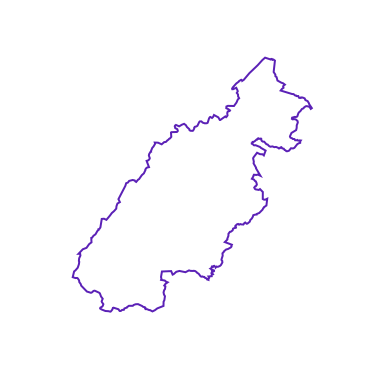 the district of Jacala de Ledezma, Hidalgo, Mexico, rotated 246°
{"feature_id": "50627088B43543909000862", "entity_name": "Jacala de Ledezma", "entity_type": "district", "adm_level": 2, "iso_a3": "MEX", "parent_name": "Mexico", "parent_adm1": "Hidalgo", "projection": "natural_earth1", "projection_center": [-99.159, 20.965], "detail": "fine", "context": "isolated", "style": "outline", "palette": "violet", "viewbox_px": 384, "rotation_deg": 246, "n_neighbors": 0, "source": "geoboundaries", "source_scale": "gbopen_adm2", "svg_char_len": 6093}
<svg xmlns="http://www.w3.org/2000/svg" viewBox="0 0 384 384"><g transform="rotate(246 192 192)"><path d="M254.9,197.0L250.8,195.5L249.9,193.7L249.9,192.8L249.4,191.7L249.1,190.2L248.5,189.0L248.4,188.2L248.9,187.0L247.9,183.7L250.9,181.0L252.3,178.1L251.3,178.0L250.9,177.7L249.2,175.3L248.5,173.7L246.1,171.2L245.4,171.0L245.5,170.3L244.0,168.2L242.8,167.4L240.1,167.2L239.3,166.4L238.7,165.0L238.9,163.2L232.2,162.8L232.6,161.1L232.3,159.7L231.5,158.5L231.0,158.4L228.6,155.6L227.8,153.0L225.3,148.9L225.2,147.8L223.9,145.1L224.8,144.5L225.8,144.4L227.1,142.7L227.7,139.1L226.7,137.3L226.8,135.4L224.8,133.7L215.4,121.9L212.1,122.0L211.8,119.2L209.7,117.2L207.6,116.0L206.2,112.9L205.4,110.2L203.9,107.6L201.4,102.5L203.4,100.7L204.1,98.6L196.9,93.9L196.0,92.5L196.0,91.3L195.3,91.2L195.0,89.9L192.6,86.6L192.1,84.2L190.9,82.1L191.0,81.3L186.9,79.7L186.2,76.8L183.9,72.9L184.1,69.0L181.7,63.2L181.1,64.7L179.3,64.2L177.4,62.0L175.0,60.6L174.1,60.6L172.0,59.3L169.3,56.8L167.8,53.6L167.4,52.0L162.7,48.4L160.8,50.5L160.2,52.1L159.6,52.5L157.2,52.9L155.5,52.4L153.3,52.9L151.5,52.7L143.8,55.5L141.0,58.7L141.0,59.9L141.7,61.8L141.4,63.0L137.9,66.1L136.9,66.6L133.5,66.4L130.8,67.0L128.9,65.0L128.0,64.9L125.6,65.4L124.3,64.2L123.8,63.2L123.6,61.2L122.9,60.7L121.6,61.5L118.5,64.5L117.1,67.2L115.9,68.7L115.9,69.3L117.0,71.4L118.3,72.6L118.2,73.3L114.8,77.1L112.8,77.5L112.3,78.5L112.7,80.2L112.1,81.8L113.1,82.9L112.9,85.5L113.2,85.7L113.7,88.1L112.1,91.6L112.5,92.7L112.4,94.8L111.5,97.1L108.2,100.0L106.9,100.7L106.0,102.0L105.2,102.3L104.9,101.8L103.9,101.9L103.3,103.2L101.5,104.9L101.3,105.5L99.0,107.3L99.1,110.0L99.8,113.0L99.5,119.6L103.3,121.4L104.5,122.8L107.8,124.9L109.8,124.7L111.9,125.2L113.6,126.6L114.4,127.9L116.6,129.3L117.8,128.6L118.9,130.4L119.4,133.0L120.7,131.8L122.2,131.1L124.3,128.0L125.2,128.8L126.9,129.1L131.6,132.2L128.2,140.8L124.4,140.7L124.4,141.8L125.5,145.2L125.0,148.4L121.4,153.4L121.6,157.4L120.6,158.5L119.4,160.9L119.3,161.6L118.5,162.7L117.0,163.6L116.1,163.8L114.7,164.8L111.4,165.6L110.7,166.4L110.6,167.2L109.7,168.0L109.4,168.7L108.1,169.1L107.1,170.2L106.0,170.2L105.0,171.3L106.2,171.8L106.5,172.7L107.1,173.0L108.1,172.8L107.1,175.7L107.9,175.9L108.4,176.4L108.3,177.7L108.9,177.6L110.0,176.8L111.0,177.8L110.6,179.3L110.8,180.0L111.4,180.2L112.4,179.1L112.6,178.3L113.7,178.2L114.5,177.7L114.6,178.9L115.9,179.9L115.8,180.3L115.0,180.7L115.6,181.8L115.5,182.3L114.3,182.8L113.3,182.8L113.9,184.1L113.4,184.6L113.1,185.6L113.1,187.4L113.5,188.7L115.3,191.1L116.8,191.6L117.6,191.3L118.4,191.5L121.3,194.1L123.6,194.9L124.2,196.5L124.7,196.8L125.6,199.7L125.3,201.8L125.6,204.9L126.1,205.9L126.8,206.1L127.6,207.0L132.9,201.6L134.2,205.0L134.9,205.2L137.1,207.4L139.0,208.3L140.2,210.4L139.9,211.1L140.4,213.5L141.8,214.6L141.9,215.0L141.5,217.6L141.9,217.9L142.7,217.4L143.5,217.9L144.2,220.1L144.0,221.2L143.0,221.7L143.1,223.0L142.5,223.6L141.4,225.7L142.3,227.2L142.5,228.2L140.8,229.0L140.6,229.8L141.4,232.7L142.8,234.0L143.3,235.6L144.4,237.2L145.9,238.6L145.6,240.7L145.1,241.9L145.6,242.3L145.5,244.9L147.2,249.3L148.2,250.4L148.6,251.6L148.9,251.7L149.4,254.5L155.3,258.0L155.2,255.7L155.7,254.7L156.8,253.8L163.2,256.7L167.0,255.3L166.7,253.9L168.6,251.1L169.4,250.7L170.8,250.7L171.5,252.2L171.3,252.6L172.3,254.2L173.9,254.6L175.8,254.6L176.3,254.1L178.2,253.6L179.7,252.1L181.3,254.4L181.8,254.6L182.6,255.6L181.4,257.7L181.1,259.3L179.0,261.1L187.6,260.1L188.1,260.4L193.1,259.9L194.5,260.8L197.8,261.5L198.5,262.1L201.4,267.4L198.8,269.6L197.8,271.8L196.2,272.5L199.9,276.1L204.3,272.9L205.4,272.5L208.9,269.1L209.1,268.3L209.6,267.5L211.8,266.7L211.9,266.3L212.3,266.4L212.5,267.2L213.0,267.5L213.1,267.8L212.7,268.5L213.0,270.4L213.7,272.4L213.4,272.7L213.8,273.4L213.6,273.8L214.1,274.4L213.1,275.3L212.8,276.7L212.3,276.9L211.5,276.5L210.4,276.5L209.3,277.1L208.6,278.4L205.4,279.4L204.6,280.4L202.8,281.0L201.5,282.0L200.9,284.1L199.5,285.4L199.0,287.1L197.4,288.6L196.4,289.1L196.3,289.7L196.6,290.4L196.3,290.9L196.7,291.4L196.6,291.9L195.0,292.3L194.3,293.4L192.7,293.7L192.2,294.3L190.9,294.8L190.4,295.9L190.3,297.5L191.7,300.2L190.7,302.0L190.7,303.5L192.9,307.7L193.1,309.9L192.9,310.8L194.3,311.5L194.8,312.3L195.4,311.3L195.7,309.9L196.7,309.4L196.6,308.8L197.3,307.3L198.7,307.1L199.5,305.6L200.2,305.4L201.5,304.1L202.5,304.0L203.0,304.1L205.5,306.9L206.2,312.3L208.0,313.7L210.3,314.8L212.4,316.9L213.8,317.3L215.8,316.5L216.7,315.6L217.5,313.4L218.2,313.0L219.2,313.7L218.8,316.5L218.3,317.2L218.1,318.4L218.3,319.0L220.7,321.2L221.3,322.2L221.8,323.9L223.1,326.1L223.1,327.9L223.6,328.6L224.0,330.4L224.0,331.2L223.2,332.6L221.9,334.0L219.6,334.3L219.9,335.6L224.4,334.8L225.7,334.9L228.0,334.6L229.8,333.0L231.7,333.0L233.3,331.5L233.9,330.4L233.6,330.3L233.9,329.0L234.6,328.1L236.4,328.1L237.1,326.5L237.7,326.4L238.2,325.5L240.1,324.6L240.8,323.3L248.6,314.3L249.5,315.9L250.0,318.0L251.4,318.2L251.9,318.8L252.3,320.5L254.2,319.5L255.6,318.0L259.1,315.4L262.5,316.0L263.8,315.3L265.4,315.9L268.4,315.4L278.3,321.2L279.9,320.3L280.0,319.2L280.3,319.1L280.3,319.5L281.1,319.1L281.4,318.4L281.1,317.7L285.0,313.4L283.9,309.9L281.1,303.6L277.2,292.7L273.4,284.9L273.1,283.1L273.6,283.2L274.5,282.6L274.2,280.1L273.8,279.6L273.1,276.5L270.9,271.7L270.0,270.6L269.5,270.6L269.2,271.3L269.2,274.8L266.1,274.9L265.3,274.7L264.3,273.2L262.4,273.7L260.6,273.0L258.5,273.2L257.9,271.5L255.6,269.0L253.5,265.3L256.1,259.8L256.1,258.2L254.6,257.4L253.0,258.8L251.1,259.9L250.7,259.3L251.0,257.4L249.8,256.3L247.5,255.6L246.8,254.5L246.5,253.6L247.5,253.2L246.3,247.1L246.5,246.7L249.5,246.4L253.4,243.4L252.0,241.8L251.5,240.4L253.1,239.3L253.1,238.7L252.3,237.5L248.9,234.5L248.8,233.5L249.5,231.7L251.0,230.0L252.7,229.3L253.3,227.9L253.0,227.1L250.3,223.9L250.1,222.7L250.4,221.1L249.9,220.2L249.1,219.9L247.8,218.2L247.6,217.8L247.7,217.2L248.6,215.5L249.4,214.9L250.5,215.1L253.5,213.8L255.5,213.6L257.5,212.5L257.6,210.1L257.2,207.0L259.8,204.6L259.6,203.6L259.1,203.0L257.1,202.7L255.4,204.1L253.9,204.0L253.3,203.6L253.0,202.6L255.0,197.6L254.9,197.0Z" fill="none" stroke="#5b21b6" stroke-width="2"/></g></svg>